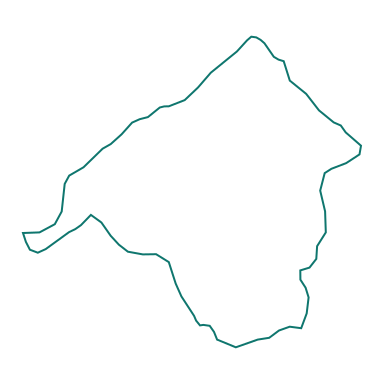 the Province of Isparta
{"feature_id": "TUR-2275", "entity_name": "Isparta", "entity_type": "Province", "adm_level": 1, "iso_a3": "TUR", "parent_name": "Turkey", "parent_adm1": "", "projection": "orthographic", "projection_center": [30.888, 37.933], "detail": "fine", "context": "isolated", "style": "outline", "palette": "teal", "viewbox_px": 384, "rotation_deg": 0, "n_neighbors": 0, "source": "natural_earth", "source_scale": "10m", "svg_char_len": 1070}
<svg xmlns="http://www.w3.org/2000/svg" viewBox="0 0 384 384"><path d="M283.7,61.2L289.8,80.6L306.2,93.9L319.0,110.4L333.7,122.4L340.8,125.5L345.7,132.4L361.0,145.7L359.5,154.4L346.2,163.1L331.4,168.8L324.7,173.1L320.2,190.6L325.1,211.4L325.8,232.4L317.1,246.2L316.3,258.9L309.5,267.6L300.3,270.4L300.4,279.7L305.6,287.7L308.6,297.4L306.7,313.4L301.2,328.2L289.7,326.7L279.0,330.5L269.2,337.8L257.7,339.6L235.8,347.3L217.1,339.6L214.0,331.9L209.7,325.8L203.3,324.9L200.0,325.4L196.1,320.6L194.1,315.9L181.4,296.4L175.7,283.6L168.8,262.1L156.1,254.2L142.8,254.4L127.9,251.7L118.9,244.7L110.7,235.8L101.4,222.5L90.9,214.9L81.0,225.1L75.3,229.1L69.1,232.1L45.7,249.1L37.8,252.7L29.9,249.7L25.9,241.9L23.0,233.0L39.5,232.4L54.8,224.2L61.7,211.5L64.7,183.9L69.2,175.6L83.5,167.3L102.6,148.7L110.7,144.1L121.7,134.2L132.1,122.6L139.7,119.2L147.9,117.1L159.8,107.5L164.2,106.4L168.8,106.3L184.7,100.1L198.0,87.5L210.8,72.7L236.9,51.5L247.1,40.3L251.3,36.7L256.3,37.4L260.6,39.9L264.4,43.2L273.8,56.8L278.5,59.6L283.7,61.2Z" fill="none" stroke="#0f766e" stroke-width="2"/></svg>